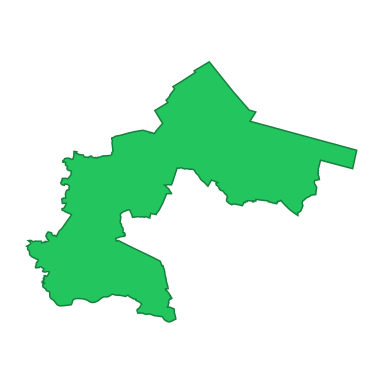 outline of Binh Chanh, Hồ Chí Minh city, Vietnam, rotated 93°
{"feature_id": "81297802B93683261125538", "entity_name": "Binh Chanh", "entity_type": "district", "adm_level": 2, "iso_a3": "VNM", "parent_name": "Vietnam", "parent_adm1": "Hồ Chí Minh city", "projection": "natural_earth1", "projection_center": [106.606, 10.749], "detail": "fine", "context": "isolated", "style": "filled", "palette": "green", "viewbox_px": 384, "rotation_deg": 93, "n_neighbors": 0, "source": "geoboundaries", "source_scale": "gbopen_adm2", "svg_char_len": 6113}
<svg xmlns="http://www.w3.org/2000/svg" viewBox="0 0 384 384"><g transform="rotate(93 192 192)"><path d="M164.6,317.5L165.1,320.4L165.4,320.9L166.2,321.1L167.3,322.5L168.9,322.7L169.0,322.2L168.8,320.5L169.1,319.7L170.3,319.9L171.6,319.8L172.9,317.9L173.2,317.7L174.9,318.1L176.0,317.8L176.9,316.5L177.3,313.5L179.2,313.8L180.8,313.5L185.4,316.8L184.9,319.2L185.2,322.1L185.9,322.4L187.0,322.1L187.3,322.7L189.0,323.0L189.3,323.5L190.2,323.3L191.0,322.9L191.7,321.7L192.0,319.8L190.8,319.6L190.8,317.5L191.0,316.6L192.4,314.8L192.8,314.7L194.2,315.1L196.3,315.0L196.4,316.5L197.0,317.3L199.6,318.2L201.1,318.3L204.5,317.7L204.9,320.5L205.6,320.6L205.8,321.7L210.2,320.9L209.8,317.1L210.8,317.2L214.0,318.5L215.0,319.4L215.4,320.9L215.8,321.4L215.7,321.0L216.8,320.8L217.2,320.4L217.3,319.1L218.3,317.7L219.0,315.7L219.7,314.2L220.0,312.8L221.1,311.1L235.2,320.0L237.9,322.6L243.6,325.2L243.0,326.3L242.4,326.7L242.4,327.3L242.9,328.4L242.8,328.9L241.4,329.9L240.2,330.0L240.0,330.4L239.4,333.6L241.5,335.0L242.6,335.1L242.8,335.4L244.0,335.6L244.8,334.7L246.3,334.3L247.4,332.7L248.0,332.5L248.6,332.8L248.9,333.4L249.1,334.5L249.0,335.9L249.6,335.9L250.1,336.4L249.7,336.9L250.7,339.5L249.1,339.9L249.0,340.1L249.3,344.1L249.1,345.4L250.0,348.2L248.9,350.0L248.8,351.4L249.2,353.0L250.7,350.7L251.8,350.5L252.6,350.9L253.5,352.0L254.8,354.3L255.3,353.3L255.7,353.1L256.4,353.3L257.3,353.2L258.3,352.8L259.1,352.0L259.5,351.3L263.0,350.9L265.0,348.7L267.2,343.6L267.4,342.5L267.8,342.0L268.8,342.0L270.6,343.6L273.3,343.9L274.7,344.4L275.7,344.3L276.0,343.7L275.6,342.4L275.6,341.0L275.5,340.7L274.5,339.8L274.5,338.9L275.5,337.8L275.8,336.8L276.5,335.9L276.9,335.9L278.9,337.1L279.2,337.0L279.7,334.9L279.0,332.1L279.1,330.8L279.3,330.5L279.7,330.4L281.1,330.8L284.1,332.6L283.8,333.3L283.3,333.7L283.1,334.6L283.4,335.3L284.2,334.9L284.8,335.2L285.3,335.1L285.5,335.2L285.8,335.8L286.3,336.0L286.7,335.6L286.8,335.0L287.1,334.9L287.9,335.7L288.6,335.8L288.9,336.6L289.1,336.5L289.7,335.6L289.9,335.8L290.0,337.1L290.3,337.1L290.7,336.4L290.5,334.8L290.7,334.4L292.3,336.1L293.0,336.2L294.2,336.0L294.9,335.5L296.4,333.1L298.3,332.1L298.7,329.9L299.2,329.2L300.4,328.7L303.1,328.6L304.3,328.3L305.1,327.9L305.9,327.2L306.8,325.4L307.9,324.0L311.7,320.7L312.4,318.8L312.6,317.8L312.3,314.6L311.0,306.9L310.3,306.3L306.4,305.4L305.3,304.2L304.6,302.8L304.4,301.1L304.3,297.6L304.5,294.6L305.3,291.5L307.4,287.2L307.6,285.2L307.1,283.1L305.5,280.0L302.9,277.1L301.6,275.3L301.2,273.6L301.3,271.8L301.0,270.5L300.4,269.3L298.2,266.4L298.9,263.2L299.0,257.8L299.7,253.1L299.5,252.3L298.4,250.8L298.7,250.1L299.7,249.2L301.8,244.6L302.0,242.4L303.3,242.3L303.7,240.7L304.6,238.9L305.4,237.6L306.6,236.3L307.7,237.1L310.5,238.5L311.6,240.0L312.5,240.7L313.2,240.7L315.8,239.8L315.5,235.6L316.6,231.4L316.0,228.4L316.3,226.7L317.5,222.9L318.0,215.8L318.4,215.0L321.0,212.8L321.7,211.7L322.8,209.4L322.9,207.4L319.8,201.5L318.9,201.6L312.9,203.4L310.5,203.6L309.4,204.0L309.3,205.4L308.9,206.0L308.2,208.2L308.4,210.4L307.8,210.4L307.0,209.9L303.8,209.6L303.8,209.3L302.1,209.7L299.8,208.3L299.4,207.8L299.9,207.5L299.1,206.5L296.7,208.4L296.6,208.2L294.8,209.5L291.6,212.2L291.7,212.8L291.2,213.3L290.8,213.2L290.1,213.4L289.9,212.7L289.8,210.8L287.1,211.3L285.5,212.0L283.6,212.5L282.7,213.0L282.1,213.0L279.4,213.5L279.4,213.8L278.9,213.7L276.0,214.6L271.9,215.3L267.0,217.3L267.3,218.1L262.8,220.1L259.4,227.6L250.7,248.5L244.2,263.3L245.1,264.8L242.5,265.9L240.6,261.7L239.7,257.0L238.7,256.4L238.4,257.1L238.1,257.2L238.0,256.8L237.6,256.7L237.0,256.8L236.3,257.2L236.4,258.5L235.8,258.9L235.2,259.0L234.2,258.7L232.1,259.0L231.3,259.3L229.5,260.8L227.7,260.8L226.7,262.0L225.6,262.2L220.5,261.7L219.6,262.3L218.8,262.4L217.8,262.2L217.0,261.7L215.3,259.5L213.6,255.8L213.1,254.3L213.2,253.4L216.1,251.8L217.4,251.1L220.4,250.1L219.4,244.3L219.7,241.5L219.2,240.7L219.8,238.4L218.9,236.6L219.0,236.0L219.7,234.9L220.2,232.8L215.6,232.1L216.4,226.7L215.5,226.4L211.7,223.8L204.6,220.6L195.0,217.2L194.7,212.4L194.1,212.6L191.7,214.5L190.5,215.0L186.6,219.8L186.4,218.0L185.8,215.7L186.1,214.5L185.9,212.9L184.5,212.3L168.9,208.1L168.9,206.1L168.3,204.1L169.4,200.5L168.9,197.8L169.5,195.5L169.2,192.8L169.7,191.3L173.0,188.9L175.0,186.6L178.9,183.9L179.8,183.0L182.4,179.5L185.4,176.4L179.0,173.1L181.2,166.8L182.1,168.6L183.8,168.1L184.5,166.9L185.4,165.9L186.8,165.2L187.2,164.7L187.5,164.9L188.6,163.8L188.9,163.3L189.2,161.4L189.5,161.0L191.6,159.4L193.5,157.1L195.0,156.5L197.9,157.1L199.3,156.9L201.0,155.0L202.4,152.2L202.6,151.5L201.9,150.5L201.8,148.2L203.0,140.9L199.9,139.7L199.9,138.5L198.7,138.3L198.8,136.5L197.8,136.2L197.7,131.0L198.6,131.0L198.6,129.8L197.7,129.7L197.7,127.8L196.1,127.8L196.6,120.3L196.8,115.7L197.7,115.4L199.3,107.2L198.3,106.0L197.1,106.3L196.5,103.7L195.7,102.9L199.0,99.7L204.6,93.4L207.7,88.8L209.9,85.0L209.1,85.0L207.6,85.5L206.9,84.3L205.2,82.3L201.1,80.9L199.6,80.5L198.7,81.1L197.4,81.4L195.1,81.0L193.8,79.2L191.8,77.4L190.4,74.6L189.0,72.7L188.4,70.4L188.2,68.3L180.6,67.8L177.3,70.0L176.0,70.3L174.8,70.3L174.0,69.8L172.9,65.4L169.7,66.2L167.5,67.3L167.0,66.8L166.1,67.2L163.6,66.9L162.6,67.1L153.5,65.3L160.3,32.8L141.7,29.7L118.3,137.8L108.8,132.5L107.2,139.2L89.3,156.5L61.1,181.6L70.9,196.2L72.4,194.9L82.2,208.3L87.8,216.6L89.9,214.7L94.8,218.2L95.9,218.5L96.3,219.2L97.4,219.2L100.4,221.5L101.6,222.7L104.0,220.8L112.6,233.4L125.1,224.9L131.6,230.1L135.7,232.8L134.8,235.2L135.1,235.9L135.1,236.8L134.6,236.5L133.1,243.2L133.0,244.8L134.7,252.4L136.5,258.7L139.0,266.0L140.5,271.9L141.2,272.4L142.2,274.9L142.5,275.0L143.6,274.8L145.1,274.2L146.8,274.5L155.7,273.0L156.2,273.7L156.8,274.1L158.3,274.0L158.9,274.2L159.7,275.4L160.4,279.4L160.6,282.8L162.0,285.9L162.3,288.0L163.0,288.3L162.9,289.0L162.6,289.8L162.8,291.3L162.7,292.9L162.3,293.6L161.4,294.2L161.3,294.7L162.2,296.7L162.9,297.0L163.0,297.6L162.7,298.6L162.6,301.5L160.9,302.4L160.7,302.8L160.5,306.7L159.9,307.9L159.5,309.9L158.9,309.9L158.0,309.0L157.7,310.2L157.6,312.0L162.0,311.9L165.6,312.7L165.7,314.7L165.0,315.5L164.6,317.5Z" fill="#22c55e" stroke="#15803d" stroke-width="1.5"/></g></svg>